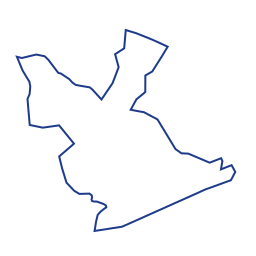 an SVG outline of Keguma, rotated 352°
{"feature_id": "LVA-5766", "entity_name": "Keguma", "entity_type": "Municipality", "adm_level": 1, "iso_a3": "LVA", "parent_name": "Latvia", "parent_adm1": "", "projection": "albers", "projection_center": [24.743, 56.689], "detail": "fine", "context": "isolated", "style": "outline", "palette": "blue", "viewbox_px": 256, "rotation_deg": 352, "n_neighbors": 0, "source": "natural_earth", "source_scale": "10m", "svg_char_len": 1017}
<svg xmlns="http://www.w3.org/2000/svg" viewBox="0 0 256 256"><g transform="rotate(352 128 128)"><path d="M31.1,111.3L32.5,85.3L35.3,80.7L37.0,73.3L36.8,68.5L31.7,56.6L27.9,42.0L32.6,43.9L47.4,42.5L55.4,45.3L58.5,49.2L66.6,63.7L69.2,64.8L76.7,71.5L79.3,75.3L82.3,78.1L88.7,80.2L95.7,82.4L98.1,85.0L105.7,96.1L119.0,81.4L127.2,66.5L125.5,53.1L135.3,48.6L139.4,30.7L149.2,35.2L164.7,44.1L178.6,53.0L171.3,62.0L159.9,75.4L152.5,78.4L150.1,94.8L140.3,100.8L133.2,110.3L139.9,112.6L146.0,114.6L152.6,119.4L158.4,123.6L162.1,132.2L172.1,155.5L177.4,160.5L184.2,161.8L191.2,166.0L197.9,170.0L204.0,173.7L216.0,170.9L216.9,173.9L214.3,181.9L225.4,179.2L228.1,186.4L222.7,194.0L195.7,199.7L188.7,201.8L108.5,224.9L80.6,225.3L83.3,216.4L85.9,209.8L89.6,206.7L95.5,203.4L95.4,201.7L93.2,199.8L86.8,196.5L84.0,196.1L82.3,195.3L81.9,193.9L82.8,191.6L82.7,189.6L80.6,187.6L70.7,186.5L66.0,182.7L59.5,173.6L57.1,158.6L55.9,146.6L72.3,136.0L60.1,115.8L43.6,115.8L31.1,111.3Z" fill="none" stroke="#1e3a8a" stroke-width="2"/></g></svg>